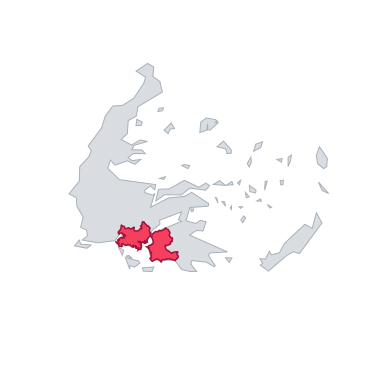 where Dytiki Ellada sits in Greece, rotated 311°
{"feature_id": "GRC-2886", "entity_name": "Dytiki Ellada", "entity_type": "Region", "adm_level": 1, "iso_a3": "GRC", "parent_name": "Greece", "parent_adm1": "", "projection": "equal_earth", "projection_center": [21.414, 38.264], "detail": "fine", "context": "in_parent", "style": "filled", "palette": "rose", "viewbox_px": 384, "rotation_deg": 311, "n_neighbors": 0, "source": "natural_earth", "source_scale": "10m", "svg_char_len": 9437}
<svg xmlns="http://www.w3.org/2000/svg" viewBox="0 0 384 384"><g transform="rotate(311 192 192)"><path d="M246.6,70.5L259.9,74.1L261.2,81.1L253.5,86.8L254.3,95.3L248.0,104.0L220.9,95.3L212.6,100.2L204.1,97.0L193.6,104.9L185.0,104.0L187.9,115.6L197.3,118.8L200.9,125.2L189.2,117.7L184.2,118.8L190.8,126.4L190.3,131.7L182.6,122.5L176.1,121.1L176.4,126.3L182.9,131.9L175.4,130.8L173.1,122.8L161.8,116.3L162.5,109.5L154.6,112.9L153.7,129.1L173.8,159.8L169.2,162.4L169.3,156.8L162.8,155.1L160.6,156.8L161.9,159.9L164.1,164.9L166.8,164.7L153.3,170.7L172.0,178.1L183.8,189.2L191.5,192.0L194.2,212.3L191.9,213.5L178.9,200.6L166.3,206.3L170.8,215.6L176.2,217.0L178.8,222.1L169.9,225.9L165.8,220.6L157.9,218.4L170.1,258.1L157.8,245.5L154.8,246.0L151.6,258.1L149.9,257.1L148.4,248.8L140.3,237.0L136.8,238.4L135.1,247.6L130.9,243.0L126.6,235.1L129.2,224.0L114.1,205.8L121.7,194.8L128.6,195.6L133.2,190.1L136.7,190.3L163.1,203.4L162.3,200.0L170.2,197.1L149.4,186.1L146.6,189.0L137.0,187.0L123.6,190.3L119.7,184.4L119.0,188.4L115.7,189.4L104.4,170.5L113.8,169.7L114.0,164.9L104.8,165.7L91.8,154.3L83.8,140.7L90.5,141.8L94.1,137.4L92.2,131.2L101.6,126.3L105.6,114.7L111.7,108.4L109.9,100.4L126.3,99.8L137.5,90.6L150.9,91.0L157.1,88.9L158.6,83.5L181.3,81.6L192.5,76.7L204.9,75.8L211.8,82.7L224.6,86.6L242.6,84.2L248.2,81.6L246.6,70.5ZM189.5,291.4L198.1,289.2L196.6,292.9L203.4,297.9L213.6,295.5L241.6,298.3L243.4,306.6L257.9,299.5L253.9,310.4L216.0,313.5L213.4,307.8L206.6,305.2L182.4,301.6L181.6,291.5L184.5,292.2L186.2,287.0L189.5,291.4ZM172.0,164.9L179.3,172.7L195.8,178.6L200.0,194.0L207.9,196.6L208.3,201.1L202.4,201.2L193.5,187.8L182.9,185.9L171.9,173.1L161.5,170.6L172.0,164.9ZM257.3,154.3L262.0,162.1L262.2,164.9L259.6,163.3L261.3,166.2L250.7,165.1L249.3,163.1L253.7,159.0L248.3,162.6L242.0,158.9L250.6,152.7L257.3,154.3ZM299.5,277.0L296.0,276.0L295.8,268.2L301.1,261.8L309.8,258.6L306.2,272.0L299.5,277.0ZM249.6,194.0L247.0,196.1L244.0,193.1L246.7,189.2L242.5,181.2L251.1,182.4L249.6,194.0ZM98.8,184.8L104.9,196.8L104.2,199.3L97.7,198.0L95.8,193.4L93.0,195.4L98.8,184.8ZM85.8,150.6L80.6,149.6L74.2,138.7L81.8,138.5L79.6,142.2L85.8,150.6ZM230.5,131.0L228.4,137.2L225.5,134.2L220.4,135.7L220.2,130.4L230.5,131.0ZM269.8,208.7L276.2,212.3L270.5,214.7L263.2,211.8L269.8,208.7ZM212.2,108.7L208.8,110.0L205.3,106.2L210.7,102.7L212.2,108.7ZM102.2,204.4L110.5,212.4L105.7,214.0L100.3,207.1L102.2,204.4ZM235.4,239.2L233.0,240.6L230.3,235.5L234.7,230.9L235.4,239.2ZM218.7,205.3L219.0,213.0L211.7,203.2L218.7,205.3ZM282.5,281.0L280.5,296.1L278.5,289.1L282.5,281.0ZM103.0,178.9L98.6,180.9L102.4,171.6L103.0,178.9ZM168.4,265.4L163.2,266.4L164.3,260.4L168.4,265.4ZM274.2,247.9L281.3,241.7L285.1,242.8L279.7,246.1L274.2,247.9ZM248.3,218.8L249.8,215.0L257.0,213.6L253.1,217.4L248.3,218.8ZM226.8,232.6L225.9,238.3L223.3,236.7L226.8,232.6ZM226.2,215.2L224.4,218.3L219.9,213.5L226.2,215.2ZM210.5,172.8L206.9,173.6L205.3,166.7L207.5,168.1L210.5,172.8ZM236.9,115.3L233.8,116.3L230.4,113.4L233.6,112.2L236.9,115.3ZM207.8,246.6L207.7,249.5L202.1,250.5L202.9,247.3L207.8,246.6ZM249.7,241.5L241.0,245.6L247.9,240.3L249.7,241.5ZM203.7,214.5L200.7,218.9L203.1,213.3L203.7,214.5ZM232.8,221.0L228.6,223.1L228.7,220.3L232.8,221.0ZM260.9,253.1L257.4,255.8L255.6,254.5L258.3,251.1L260.9,253.1ZM276.4,238.0L273.2,240.0L272.2,234.8L276.4,238.0ZM206.0,223.2L203.2,226.6L204.6,220.8L206.0,223.2ZM102.6,185.6L102.8,190.4L100.5,184.6L102.6,185.6ZM231.8,248.3L230.6,250.4L227.7,246.8L231.8,248.3ZM186.1,161.9L183.0,162.6L181.0,158.6L186.1,161.9ZM180.3,204.5L178.0,205.4L176.7,204.3L178.5,202.2L180.3,204.5ZM207.4,231.0L204.6,233.2L205.0,231.2L207.4,231.0ZM232.0,257.1L232.8,262.0L231.0,261.3L232.0,257.1ZM214.0,239.9L211.6,239.5L211.7,237.2L214.0,239.9Z" fill="#d9dde1" stroke="#a8b0b8" stroke-width="1"/><path d="M129.3,224.3L129.1,223.7L127.3,219.9L126.2,218.3L125.7,217.7L123.3,215.9L122.8,215.6L122.5,215.3L121.9,214.6L121.6,214.3L120.0,213.8L119.5,213.9L119.4,214.9L119.2,214.9L119.1,214.6L119.1,214.2L119.1,213.9L118.8,213.7L119.2,212.9L119.3,212.3L119.2,211.7L118.7,210.1L118.4,209.6L118.1,209.3L116.9,208.6L114.0,207.7L113.7,207.5L113.6,207.1L113.7,206.5L113.6,206.3L114.3,203.8L114.5,203.8L115.2,204.4L116.3,203.8L117.5,202.7L118.2,201.8L118.6,202.0L119.0,201.7L119.3,201.4L119.6,201.1L119.6,200.8L119.4,200.7L119.1,200.7L118.8,200.9L118.6,201.1L118.4,201.3L119.7,199.4L119.7,199.1L120.7,197.5L120.8,197.1L120.9,196.7L120.9,194.5L120.9,193.9L121.2,194.3L121.5,194.9L121.8,195.2L121.8,194.7L121.7,194.4L121.6,194.1L121.8,194.4L122.2,194.6L122.6,194.7L123.2,194.7L123.6,194.8L125.0,195.9L127.1,196.4L127.7,196.3L128.2,196.0L129.1,195.4L129.8,194.5L130.9,192.2L131.5,191.2L133.6,189.9L133.8,189.6L135.6,190.0L136.2,190.0L136.5,189.9L137.0,190.0L137.3,190.2L137.7,190.4L138.2,190.5L138.5,190.6L138.7,190.9L138.8,191.3L139.0,191.7L139.3,192.0L140.1,192.4L140.4,192.5L140.6,192.4L140.9,192.3L141.0,192.2L141.3,192.5L141.5,192.7L141.8,192.9L142.1,193.8L142.3,194.2L142.6,194.3L143.6,194.7L143.8,194.9L143.9,195.1L144.1,195.2L145.0,195.2L146.2,195.5L146.5,195.7L147.0,195.4L147.4,195.7L147.7,196.0L147.6,196.4L147.4,197.4L148.1,198.6L147.3,200.5L147.4,201.0L147.2,201.4L146.9,201.9L146.4,202.3L144.3,203.2L144.1,203.7L144.2,204.3L144.1,204.8L143.9,205.3L143.8,206.3L144.2,206.7L144.4,207.2L144.2,207.8L142.7,208.4L142.0,209.3L141.5,209.5L141.0,209.3L140.9,208.8L140.0,208.7L139.5,209.0L138.8,209.8L138.3,209.8L136.4,208.9L135.6,208.3L134.6,207.9L134.4,206.9L133.4,207.1L131.8,209.8L131.7,211.3L132.2,213.1L132.3,217.0L132.7,217.1L133.2,217.0L134.1,217.3L136.6,219.4L137.4,220.4L137.2,220.9L136.7,221.1L136.1,220.6L135.6,221.0L134.9,221.9L134.8,222.3L135.0,222.9L134.0,224.2L133.5,224.5L132.6,224.2L131.6,224.5L129.7,224.1L129.3,224.3ZM133.9,187.9L133.7,187.7L133.3,187.6L132.0,188.8L131.8,189.2L131.7,189.9L131.5,190.1L130.9,189.7L130.2,189.0L128.6,189.0L128.2,189.1L127.8,189.4L127.4,189.5L127.0,189.2L125.3,190.6L125.0,191.2L124.8,191.2L124.5,191.0L124.2,190.9L123.8,190.9L123.7,190.9L123.5,190.6L122.4,190.0L122.8,189.9L123.3,190.1L123.7,190.5L124.0,190.7L123.9,190.3L123.8,190.2L124.0,189.8L123.8,189.6L123.7,189.5L123.7,189.2L123.8,189.2L124.0,189.0L123.5,189.0L123.7,188.5L123.4,188.6L123.2,188.7L122.8,188.5L122.6,188.7L122.2,188.8L122.4,188.1L122.0,187.7L121.5,187.6L121.0,187.5L120.8,187.2L120.5,185.1L119.9,184.3L119.6,184.1L119.4,184.1L119.1,184.1L119.2,184.4L120.3,186.3L119.9,186.3L120.0,186.4L120.0,186.5L120.0,186.9L120.0,187.3L119.9,187.6L119.7,187.8L119.4,187.8L118.8,188.2L118.6,188.3L118.8,188.5L118.6,188.8L118.3,188.5L118.0,188.6L118.0,188.9L118.0,189.0L117.9,189.4L117.5,189.8L117.2,190.0L116.5,190.0L116.3,189.9L116.1,189.6L115.9,189.6L115.6,190.0L115.8,190.1L116.1,190.3L115.7,190.4L115.5,190.6L115.4,191.0L114.9,190.9L114.7,190.6L114.7,190.1L114.5,189.8L114.2,189.6L113.4,189.6L113.0,189.5L113.3,189.4L113.6,189.2L113.7,188.9L113.6,188.5L113.3,188.7L113.2,188.8L113.5,188.2L113.5,188.3L113.8,188.4L114.1,188.2L114.3,187.9L114.5,187.5L114.0,187.1L113.8,187.1L113.6,187.5L113.3,187.4L113.1,187.1L112.9,186.7L112.8,186.3L112.9,186.2L113.0,186.2L113.3,186.4L113.6,186.6L113.9,186.5L114.0,186.0L113.6,186.3L113.7,185.8L113.5,185.2L113.6,184.8L113.6,184.6L113.3,184.6L113.2,184.5L112.9,184.3L113.1,184.2L113.4,184.1L113.1,183.9L113.3,183.3L113.4,183.0L113.3,182.8L113.1,182.6L112.9,182.7L112.6,183.0L112.4,183.1L112.0,183.5L111.7,183.7L111.5,183.2L111.2,182.6L111.2,182.3L111.4,180.8L111.4,180.0L110.8,179.4L110.4,178.0L110.1,177.7L109.1,177.7L108.7,177.6L108.4,177.2L108.2,176.8L107.5,173.9L107.3,173.3L106.9,173.0L106.5,173.2L106.1,173.6L105.8,174.1L105.6,174.5L105.4,174.1L105.2,174.2L105.1,174.4L104.9,174.3L104.6,174.6L104.5,174.4L104.4,174.1L104.3,173.8L103.4,173.0L103.4,172.8L103.6,172.3L103.7,171.7L103.9,171.1L104.4,170.9L105.0,170.9L105.3,170.8L105.4,170.7L105.1,170.3L104.9,170.2L104.3,169.9L104.1,169.3L104.1,168.7L104.2,168.1L104.5,167.5L104.8,168.3L105.2,168.6L105.8,168.8L106.3,168.5L106.7,168.0L106.9,167.4L107.1,167.4L107.2,167.7L107.2,167.9L107.2,168.0L107.2,168.3L107.3,168.4L107.1,168.6L107.7,168.6L108.1,168.6L108.4,168.3L108.6,167.6L108.8,167.6L109.0,168.0L109.3,168.0L109.6,167.9L110.1,167.9L110.4,168.0L110.7,168.2L111.0,168.4L111.5,168.4L111.5,168.6L111.5,169.1L111.4,169.7L111.7,169.9L112.0,170.0L112.4,170.2L113.0,170.9L113.1,170.5L113.1,170.3L113.3,170.2L113.4,169.9L113.2,169.4L113.5,169.2L114.0,169.2L114.5,169.5L115.1,170.3L115.3,170.5L115.5,170.4L115.7,170.1L115.4,169.9L115.3,169.7L115.3,169.2L115.2,169.2L114.9,169.1L114.6,168.5L114.5,168.1L114.7,167.6L114.6,167.3L114.7,167.0L114.9,166.8L115.1,166.9L115.1,166.1L114.4,165.2L113.1,163.8L112.9,164.0L112.8,164.5L112.5,164.6L112.4,164.6L112.3,164.2L112.6,163.3L113.1,162.9L113.6,162.6L117.0,162.6L117.5,162.5L118.5,161.9L120.0,160.7L120.6,160.5L120.6,161.7L121.3,162.7L121.5,163.2L121.3,163.7L121.3,164.1L120.6,165.5L120.8,166.0L123.5,167.7L123.7,168.3L123.5,169.3L123.6,169.8L124.0,170.1L124.5,170.2L124.9,170.6L126.4,170.9L127.3,171.3L127.3,171.8L125.8,172.7L125.3,173.1L125.1,173.6L125.1,174.1L125.6,175.2L126.0,175.6L127.4,176.6L128.3,177.1L129.3,177.1L130.8,176.9L131.0,177.4L131.0,177.9L131.6,177.8L132.6,177.0L132.5,176.0L132.7,175.5L134.1,175.7L135.2,175.2L135.6,174.8L136.8,174.3L136.8,174.6L137.9,175.2L137.9,175.7L137.4,176.6L137.5,177.6L137.2,178.5L137.3,179.6L137.0,180.1L137.0,180.6L137.8,181.5L137.3,182.5L137.4,183.6L137.2,184.0L136.7,184.3L135.7,184.6L134.5,185.5L134.0,186.6L134.1,187.3L133.9,187.9Z" fill="#f43f5e" stroke="#9f1239" stroke-width="1.5"/></g></svg>